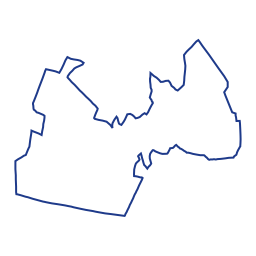 the district of Al-Nasiriya, Dhi-Qar, Iraq
{"feature_id": "34846034B33180945258667", "entity_name": "Al-Nasiriya", "entity_type": "district", "adm_level": 2, "iso_a3": "IRQ", "parent_name": "Iraq", "parent_adm1": "Dhi-Qar", "projection": "equal_earth", "projection_center": [46.263, 31.12], "detail": "fine", "context": "isolated", "style": "outline", "palette": "blue", "viewbox_px": 256, "rotation_deg": 0, "n_neighbors": 0, "source": "geoboundaries", "source_scale": "gbopen_adm2", "svg_char_len": 4005}
<svg xmlns="http://www.w3.org/2000/svg" viewBox="0 0 256 256"><path d="M239.7,120.9L236.5,121.0L236.0,117.0L235.6,115.6L235.6,113.5L232.2,112.3L225.4,95.5L224.2,92.2L227.7,87.0L227.7,82.0L224.2,76.2L218.5,68.3L208.9,54.6L203.0,46.7L202.0,45.3L199.9,42.2L198.3,40.1L196.3,41.5L193.7,44.4L191.6,46.9L188.9,49.4L186.6,51.7L184.0,55.0L184.3,58.8L185.0,63.0L185.4,65.8L185.2,69.4L184.8,73.3L184.4,76.9L184.2,80.7L183.7,84.9L181.5,87.1L179.6,88.8L177.7,90.5L175.5,89.5L174.2,87.9L171.6,85.9L170.0,82.5L168.4,80.7L165.7,80.9L162.9,81.8L160.7,81.9L159.0,79.9L156.6,77.7L153.9,76.0L151.9,74.2L150.5,73.0L150.4,76.5L150.0,78.8L150.1,81.6L150.3,83.1L150.5,84.6L150.7,87.8L151.6,89.8L151.6,91.5L150.8,94.0L149.8,97.5L151.0,99.4L151.5,100.0L152.0,101.7L152.7,102.2L152.8,103.2L151.7,105.0L150.4,107.4L149.3,109.6L148.1,112.2L146.5,114.4L144.6,113.2L142.4,114.6L139.8,117.0L137.6,117.9L135.6,118.3L134.3,116.7L132.4,115.0L130.2,113.9L127.3,114.3L126.3,116.6L124.9,119.6L123.6,121.8L121.4,124.9L119.8,124.2L119.0,123.6L118.1,120.7L117.5,118.1L116.5,116.7L114.4,119.7L112.5,123.3L112.2,125.8L112.5,128.0L110.4,125.0L108.2,123.1L106.6,121.7L102.6,120.6L98.7,119.9L96.1,119.2L94.7,118.8L94.1,118.0L95.1,115.2L96.2,112.5L97.4,109.9L97.7,108.6L95.4,105.7L92.8,103.5L90.8,101.1L88.3,98.7L86.1,96.7L83.9,94.4L81.7,92.2L79.8,90.5L77.2,87.6L74.6,84.8L71.7,82.1L69.8,79.9L68.2,78.2L67.5,77.3L67.8,76.1L69.9,73.1L72.3,70.8L74.3,68.5L76.3,67.3L79.6,65.9L82.6,64.5L83.6,62.8L80.4,60.7L77.7,60.0L73.7,59.4L70.8,58.8L67.4,57.1L65.4,60.4L63.7,64.4L61.5,69.0L59.3,72.8L55.6,71.4L52.8,70.7L46.0,69.2L45.2,70.8L44.6,72.7L42.5,78.5L39.6,86.0L38.0,90.3L37.3,92.4L35.6,96.8L33.8,101.3L33.0,103.1L33.0,104.2L33.3,105.7L33.5,108.5L33.8,109.6L35.3,110.7L36.1,111.7L36.8,112.4L38.4,112.8L41.7,114.2L43.3,114.9L44.5,115.8L44.5,117.5L44.1,120.7L43.3,124.0L43.1,127.1L42.2,131.2L41.6,135.0L38.7,133.5L34.0,131.7L31.5,130.6L31.3,133.2L30.2,140.1L29.4,146.7L28.6,148.2L27.5,150.8L25.8,155.0L23.9,155.7L21.4,157.4L19.6,158.4L18.0,159.3L15.4,161.1L15.4,164.4L15.4,169.2L15.8,175.3L15.8,179.4L16.1,186.7L16.1,192.2L16.4,194.2L17.3,194.3L20.7,195.2L25.5,196.7L27.8,197.2L32.8,198.8L38.7,200.4L43.1,201.6L44.3,201.8L46.0,202.2L49.5,202.9L52.1,203.4L54.9,203.8L57.7,204.2L60.2,204.6L65.0,205.4L68.4,206.1L71.2,206.6L73.7,207.3L80.6,208.8L85.9,209.9L93.1,211.1L95.7,211.7L99.0,212.3L105.2,213.4L111.2,214.1L124.6,215.9L124.9,215.6L125.6,213.7L126.5,212.3L127.3,210.5L128.1,208.9L129.0,207.1L129.9,204.8L131.0,202.8L132.1,200.4L133.1,198.4L134.0,196.1L134.8,194.3L135.6,193.0L136.5,191.0L137.4,189.4L138.5,186.8L139.1,185.4L139.9,183.8L140.9,181.8L141.8,180.0L142.6,178.0L141.8,177.4L140.5,177.4L139.3,177.1L138.0,176.7L136.1,176.3L134.1,176.1L134.0,174.4L134.2,169.5L134.6,167.8L135.1,165.8L135.9,163.5L137.2,162.1L139.0,160.5L139.5,159.5L138.9,157.8L138.1,156.2L138.7,155.4L140.9,153.5L141.6,155.8L141.8,156.8L142.2,158.4L142.9,160.6L143.5,162.9L144.2,165.0L145.3,166.0L146.6,167.7L147.3,168.6L148.6,166.7L150.0,165.4L151.2,163.6L151.0,162.7L150.5,161.0L149.8,158.5L149.7,156.1L150.2,153.7L151.2,152.2L152.7,150.2L153.6,150.2L155.4,151.4L157.6,152.3L160.1,153.3L162.4,153.9L163.6,153.9L164.9,153.8L166.0,153.8L167.3,153.6L167.8,153.0L168.6,151.5L169.5,149.8L170.2,148.2L170.7,148.2L172.4,148.0L173.1,147.8L174.0,146.9L175.0,145.7L176.2,144.9L177.1,145.8L177.9,146.7L178.9,147.3L180.0,148.5L181.2,148.9L182.7,149.8L184.0,150.8L185.7,151.7L186.7,152.7L188.4,152.7L190.6,153.2L193.0,153.9L195.1,154.3L197.3,154.7L200.3,155.2L202.2,155.2L203.1,155.2L204.2,155.3L205.1,156.1L205.7,156.8L206.7,157.5L207.5,158.4L208.1,159.1L209.2,159.8L210.8,159.4L212.1,159.5L214.0,159.2L215.8,159.5L217.6,159.1L220.7,158.9L225.0,158.4L228.9,157.8L233.5,157.6L233.8,157.0L234.0,156.5L234.4,156.2L235.0,155.7L235.6,155.3L236.3,154.8L236.7,153.7L237.0,152.5L238.0,150.3L239.2,148.2L239.6,147.4L240.0,146.8L240.3,146.3L240.3,145.5L240.4,144.2L240.5,142.1L240.6,139.2L240.5,135.0L240.3,130.0L240.0,123.9L239.8,121.6L239.7,120.9Z" fill="none" stroke="#1e3a8a" stroke-width="2"/></svg>